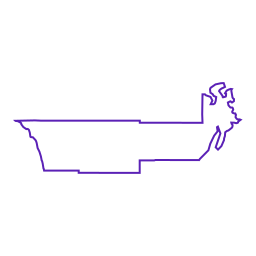 the district of Jefferson, Washington, United States of America
{"feature_id": "52423323B89179227732038", "entity_name": "Jefferson", "entity_type": "district", "adm_level": 2, "iso_a3": "USA", "parent_name": "United States of America", "parent_adm1": "Washington", "projection": "natural_earth1", "projection_center": [-123.18, 47.83], "detail": "fine", "context": "isolated", "style": "outline", "palette": "violet", "viewbox_px": 256, "rotation_deg": 0, "n_neighbors": 0, "source": "geoboundaries", "source_scale": "gbopen_adm2", "svg_char_len": 1666}
<svg xmlns="http://www.w3.org/2000/svg" viewBox="0 0 256 256"><path d="M199.1,160.1L199.9,158.9L208.4,150.3L210.3,143.7L214.2,135.6L217.6,131.3L217.0,127.2L217.9,126.6L220.4,133.4L215.7,147.3L218.0,149.6L221.4,146.1L224.0,140.1L224.1,138.4L224.9,136.1L225.2,132.3L227.0,130.9L228.4,130.5L231.8,127.8L232.4,126.8L232.6,125.1L231.6,123.7L231.3,122.6L234.3,122.7L236.2,123.2L237.7,122.8L238.0,122.5L238.2,121.6L240.6,119.8L239.7,119.4L237.6,119.4L236.6,118.7L235.6,117.3L235.7,115.7L236.0,115.0L235.3,113.5L234.8,113.6L232.6,112.8L232.3,112.3L232.2,111.7L233.2,109.6L232.9,108.3L232.4,107.6L230.4,107.5L228.5,105.4L227.9,102.5L230.3,101.3L230.8,101.5L231.6,102.4L232.0,102.5L233.9,101.2L234.0,99.1L233.1,98.4L232.5,97.5L231.4,91.2L231.4,89.8L231.9,89.1L230.7,88.9L228.4,89.7L226.7,90.6L225.0,93.3L225.2,93.5L225.9,93.5L226.1,93.7L226.0,95.9L225.7,96.6L223.0,97.3L222.6,96.8L222.6,96.0L219.1,91.1L219.4,90.4L220.0,89.7L221.7,88.4L222.2,88.3L225.0,86.9L223.7,83.1L221.0,83.2L215.5,84.4L210.6,87.8L210.0,89.2L210.4,92.7L212.7,94.2L213.7,95.9L216.2,97.0L215.7,100.9L214.8,103.4L213.5,104.2L210.7,104.2L212.4,100.6L210.5,96.9L205.9,95.3L205.0,94.4L204.9,94.3L202.5,94.3L202.2,114.4L202.5,122.8L139.8,122.7L139.8,120.7L41.8,120.7L34.8,120.4L15.4,120.8L15.5,120.9L17.9,121.2L20.8,122.8L21.2,123.3L21.3,124.3L23.3,127.0L26.3,129.1L27.0,128.9L28.0,129.1L28.9,129.9L29.8,132.7L30.4,136.7L30.9,137.1L32.9,137.3L35.5,140.1L36.1,141.2L36.7,143.1L37.6,148.0L39.4,151.6L40.9,156.4L41.7,160.5L42.1,161.1L42.7,163.6L43.5,168.6L43.8,168.9L44.1,170.6L78.7,170.6L78.7,172.8L139.7,172.9L139.7,160.4L154.3,160.4L155.4,160.0L199.1,160.1Z" fill="none" stroke="#5b21b6" stroke-width="2"/></svg>